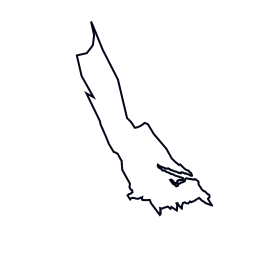 the district of Ulvik nor, Hordaland, Norway, rotated 239°
{"feature_id": "86288312B21987069747825", "entity_name": "Ulvik nor", "entity_type": "district", "adm_level": 2, "iso_a3": "NOR", "parent_name": "Norway", "parent_adm1": "Hordaland", "projection": "equal_earth", "projection_center": [6.947, 60.609], "detail": "fine", "context": "isolated", "style": "outline", "palette": "ink", "viewbox_px": 256, "rotation_deg": 239, "n_neighbors": 0, "source": "geoboundaries", "source_scale": "gbopen_adm2", "svg_char_len": 5221}
<svg xmlns="http://www.w3.org/2000/svg" viewBox="0 0 256 256"><g transform="rotate(239 128 128)"><path d="M70.5,92.9L65.7,93.1L65.9,93.6L66.1,94.2L66.0,94.9L65.9,95.6L65.5,96.3L64.9,97.2L64.2,97.8L63.8,98.0L62.5,99.6L62.1,100.4L61.4,104.5L61.3,104.4L61.1,104.1L60.7,104.0L60.1,103.7L59.9,103.3L58.8,103.3L57.0,106.1L55.1,109.6L51.6,109.0L37.2,110.5L37.3,110.7L37.2,111.1L37.6,111.4L37.6,111.6L38.2,111.9L38.2,112.0L38.5,112.1L38.4,112.3L38.7,112.5L39.0,112.5L39.5,112.7L39.8,112.8L39.7,112.9L40.3,113.4L40.9,113.4L41.7,114.0L42.4,114.1L42.8,114.3L41.2,115.8L41.3,117.4L40.9,118.2L40.2,121.6L36.8,122.9L37.3,123.7L38.0,124.6L32.1,127.3L33.1,128.3L35.0,129.2L35.2,129.5L35.1,130.3L34.7,130.5L35.9,130.3L36.8,130.4L37.5,130.6L38.4,130.7L38.3,131.1L38.1,131.3L38.1,131.7L35.6,131.7L34.9,131.8L33.9,132.1L32.8,132.0L31.3,132.7L33.6,134.3L35.4,136.4L35.0,138.5L33.6,139.1L32.4,140.7L32.7,142.4L33.1,143.3L31.8,144.0L31.8,144.7L31.4,146.5L31.5,152.9L30.5,153.1L30.0,153.5L28.0,153.8L27.5,154.0L25.9,155.0L23.9,155.7L22.5,156.7L22.4,156.9L21.8,157.3L17.7,160.6L19.0,160.1L26.1,160.0L26.5,160.8L26.5,161.6L26.8,162.3L27.2,162.5L27.4,162.8L28.1,162.9L28.4,163.0L28.9,163.1L29.5,162.7L29.8,162.7L29.9,162.4L30.1,162.4L30.8,162.1L31.0,162.1L32.1,161.7L33.0,161.6L34.3,161.1L34.6,160.9L34.7,160.6L35.1,160.4L35.4,160.2L35.6,160.2L37.3,159.7L38.6,159.6L39.1,159.7L39.4,159.7L39.9,159.6L40.4,159.6L40.8,159.5L41.9,159.5L42.2,159.4L42.9,159.4L43.6,159.7L44.0,159.7L44.4,160.0L44.8,160.4L45.2,160.5L45.3,160.6L46.1,160.7L46.6,160.6L47.7,160.1L48.2,160.0L49.7,159.1L49.8,158.8L49.7,158.8L49.5,158.3L49.7,158.0L50.6,157.1L50.6,156.9L50.8,156.8L51.0,156.5L51.9,155.7L52.0,155.5L51.9,155.3L52.3,154.8L52.4,154.6L52.9,154.3L53.0,154.1L53.6,153.5L53.8,153.3L53.8,153.2L54.1,152.8L54.5,152.6L55.0,151.7L54.9,151.5L54.9,151.1L54.9,150.9L54.1,150.4L54.0,150.1L53.7,149.9L53.7,149.6L53.3,149.2L53.6,148.9L53.6,148.7L53.2,148.2L53.4,147.1L53.3,146.7L53.7,146.0L53.9,145.1L53.7,144.4L53.7,144.0L53.6,143.6L53.7,143.4L54.2,142.9L54.0,142.5L54.1,142.2L54.3,141.7L54.2,141.5L53.8,141.5L53.3,141.2L52.9,141.1L52.7,140.7L53.1,140.2L53.5,139.7L53.4,139.6L53.5,139.5L53.3,139.2L53.6,139.0L53.9,139.2L54.3,139.2L54.6,139.2L55.4,139.0L55.5,138.9L55.4,138.8L55.4,138.7L55.6,138.6L56.1,138.3L56.4,138.0L57.3,137.7L58.5,137.6L59.0,137.6L59.4,137.5L59.8,137.4L61.1,137.5L61.5,137.6L61.8,137.5L61.8,137.9L61.6,137.9L61.5,138.1L61.4,138.0L60.8,138.2L60.4,138.5L60.5,138.7L60.5,139.0L60.3,139.2L58.8,139.4L57.7,139.5L57.2,139.6L56.9,139.6L56.6,139.9L56.1,140.0L56.2,140.5L55.8,140.8L55.8,141.0L55.7,141.1L55.8,141.2L55.7,141.4L56.2,141.7L56.2,141.8L56.2,142.0L56.5,142.1L56.8,142.8L56.7,142.9L56.7,143.0L57.3,143.2L57.4,143.4L57.4,143.6L57.4,143.9L57.0,144.3L57.0,144.5L56.9,144.6L56.8,144.9L57.1,145.1L57.1,145.3L56.9,145.8L56.5,146.1L56.3,146.2L56.0,146.5L56.0,147.0L55.4,148.1L55.5,148.4L56.1,149.1L56.7,149.3L57.2,149.0L57.6,148.6L58.2,148.2L58.7,147.6L58.8,147.4L59.4,147.1L59.9,146.8L60.0,146.6L60.3,146.3L60.5,146.2L60.8,145.7L61.0,145.5L61.2,145.4L62.0,144.7L62.5,144.3L63.3,143.7L63.7,143.5L64.3,143.1L64.8,142.9L65.2,142.6L65.8,142.0L66.1,141.5L66.6,141.2L66.9,140.9L67.3,140.8L67.7,140.5L68.7,140.0L69.2,139.5L69.4,139.4L69.9,138.9L70.4,138.6L71.5,137.8L72.4,137.5L73.0,137.1L73.1,136.9L73.1,136.6L73.5,136.1L73.8,136.0L73.8,135.9L74.1,135.6L74.9,135.4L75.4,135.4L75.6,135.5L76.2,135.3L76.4,135.2L76.9,134.7L77.3,134.6L77.6,134.3L77.9,134.2L78.3,133.9L78.5,133.8L79.4,134.0L79.5,133.8L79.8,133.8L80.0,133.9L79.9,134.0L80.2,133.9L80.0,134.1L80.7,134.4L81.0,134.7L80.6,134.8L80.3,135.1L79.9,135.2L79.3,135.5L78.8,135.9L78.4,136.0L78.0,136.4L77.5,136.5L77.4,136.6L77.3,136.8L76.6,137.2L76.5,137.6L75.5,138.2L75.3,138.5L74.4,138.9L74.1,139.4L73.8,139.3L73.6,139.5L73.4,139.7L73.2,140.0L72.9,140.6L72.9,141.0L72.9,141.5L72.5,141.8L72.1,142.1L71.8,142.1L71.6,142.5L70.2,142.8L70.1,143.0L69.6,143.2L69.5,143.4L69.4,143.5L69.6,143.7L69.4,143.9L68.7,144.1L68.2,144.7L68.0,144.9L67.6,145.0L66.9,145.5L66.6,145.8L66.5,146.1L66.2,146.2L66.0,146.6L65.8,146.7L65.5,147.1L64.9,147.4L64.8,147.5L64.4,147.6L63.6,148.1L63.7,148.4L63.5,148.6L62.9,148.9L62.8,149.2L61.9,150.0L62.5,150.7L62.4,150.8L62.3,151.5L62.0,151.8L59.8,153.2L59.9,153.3L59.6,153.9L59.3,154.2L59.0,154.3L58.6,154.7L58.0,155.0L57.0,156.1L56.8,156.1L55.6,156.8L55.5,157.0L54.7,157.3L54.6,157.5L54.8,157.7L54.3,157.9L54.1,158.1L54.2,158.3L54.4,158.5L56.9,158.9L58.4,158.1L60.2,158.0L60.5,157.5L60.7,157.4L62.2,156.3L63.2,155.8L64.8,155.3L70.0,153.9L70.0,152.6L71.4,152.2L71.7,152.1L75.1,150.9L76.1,150.7L79.3,149.8L90.3,150.2L94.7,149.5L109.7,147.0L121.1,147.0L123.8,144.8L123.6,143.9L123.3,140.2L123.5,138.6L123.6,136.8L123.7,136.6L124.7,133.9L127.6,133.9L132.3,133.6L137.0,132.3L173.1,143.8L174.5,144.3L207.9,146.6L232.5,150.4L238.3,151.2L225.1,146.8L217.5,140.9L215.8,137.7L215.5,136.7L213.4,131.2L216.2,122.6L216.5,121.5L196.4,115.0L172.2,114.3L179.1,110.2L148.6,107.5L147.5,107.2L145.0,106.3L132.3,104.7L124.2,103.4L114.8,103.4L113.8,104.4L111.2,105.9L107.7,105.7L104.0,105.6L103.1,105.7L101.8,104.9L95.0,101.5L79.4,101.0L78.8,100.6L76.5,98.8L75.6,98.7L74.0,98.6L72.5,99.5L70.6,98.7L70.7,98.1L70.4,97.0L70.3,96.7L70.4,96.4L70.8,94.6L70.5,92.9Z" fill="none" stroke="#020617" stroke-width="2"/></g></svg>